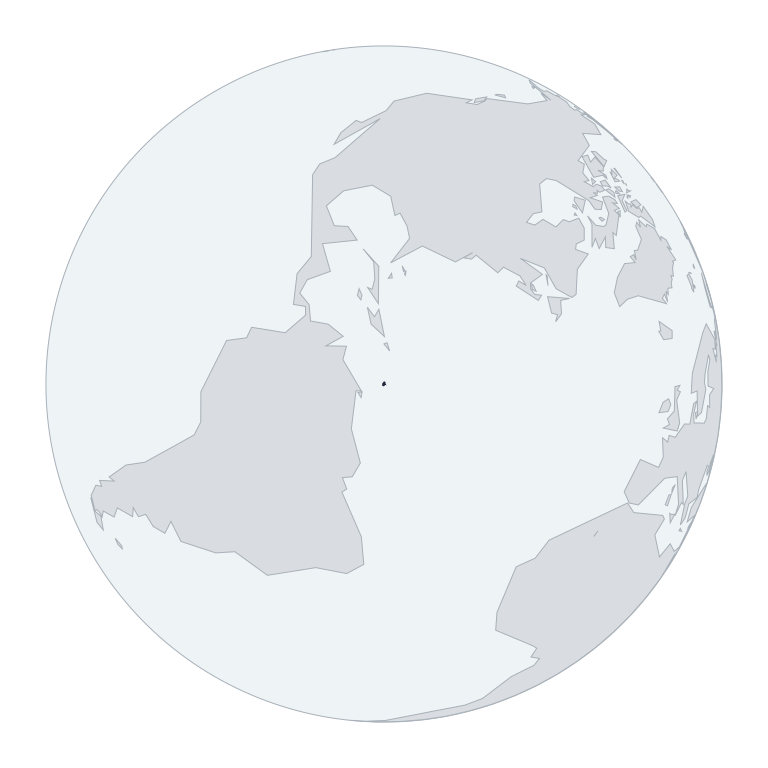 Martinique highlighted on a globe, orthographic projection, rotated 60°
{"feature_id": "FRA-1442", "entity_name": "Martinique", "entity_type": "Overseas department", "adm_level": 1, "iso_a3": "FRA", "parent_name": "France", "parent_adm1": "", "projection": "orthographic", "projection_center": [-60.978, 14.643], "detail": "fine", "context": "on_globe", "style": "filled", "palette": "slate", "viewbox_px": 768, "rotation_deg": 60, "n_neighbors": 0, "source": "natural_earth", "source_scale": "10m", "svg_char_len": 9747}
<svg xmlns="http://www.w3.org/2000/svg" viewBox="0 0 768 768"><g transform="rotate(60 384 384)"><circle cx="384" cy="384" r="338" fill="#eef3f6" stroke="#a8b0b8"/><path d="M285.1,417.4L277.6,413.2L269.8,422.6L245.0,404.1L237.2,383.2L167.1,341.2L161.3,329.7L163.5,313.1L152.2,254.6L151.5,307.4L144.8,295.8L141.8,276.3L146.4,272.6L148.3,245.4L144.0,233.8L153.6,201.6L182.0,165.6L181.6,172.2L188.5,163.7L189.4,155.3L188.3,152.1L213.3,119.5L220.0,101.2L210.8,102.7L221.6,97.5L196.6,106.8L193.0,106.3L204.0,102.7L210.5,99.3L211.5,96.3L218.4,92.3L222.8,89.0L231.0,84.9L236.8,84.3L242.2,82.0L242.6,80.1L251.0,75.7L249.6,78.6L264.1,71.5L276.5,71.5L266.2,86.7L280.0,86.9L287.6,104.2L293.8,100.6L300.6,106.3L310.3,104.7L308.9,109.4L317.8,104.1L317.2,100.3L320.9,96.9L326.5,95.9L325.8,101.3L322.9,102.6L325.6,103.8L322.8,107.1L327.4,104.9L325.8,112.3L335.7,103.7L341.5,108.6L338.2,113.9L327.6,114.9L293.9,133.1L287.3,140.6L288.6,149.2L313.9,161.2L311.1,169.6L315.3,179.8L321.8,173.9L320.9,164.0L334.0,156.6L331.3,146.5L336.2,142.4L337.8,132.4L349.2,132.7L359.5,138.7L358.8,147.5L363.3,150.8L373.5,142.1L381.3,159.2L402.4,172.8L403.1,178.0L387.6,187.3L363.6,187.1L343.3,203.1L368.3,192.0L369.8,206.8L375.0,209.4L381.8,208.7L385.9,203.1L388.8,208.5L365.3,220.5L362.2,215.7L369.7,211.6L358.4,212.2L342.6,222.1L344.6,229.8L318.5,239.8L319.6,245.8L314.5,252.0L314.5,241.5L314.0,261.1L283.7,281.8L282.4,317.7L270.8,289.1L258.9,285.1L244.1,284.6L243.5,290.3L224.7,284.3L206.0,294.7L196.5,322.3L200.9,344.8L222.1,347.9L229.6,336.4L245.9,335.3L231.7,367.1L259.6,374.1L255.3,398.3L263.1,411.5L277.8,409.2L292.7,416.1L304.2,402.5L322.3,395.5L321.9,415.3L332.5,397.6L342.3,407.4L378.8,407.1L375.8,411.6L406.5,434.7L440.6,444.0L448.5,457.9L444.3,466.8L456.3,468.8L456.5,474.5L504.9,480.0L530.1,491.7L529.5,511.1L508.9,534.9L491.4,580.6L454.7,597.0L446.1,614.2L418.8,638.6L396.5,637.2L403.7,648.4L392.0,655.1L377.8,655.5L376.1,663.0L365.6,663.0L373.2,668.0L358.0,676.9L364.3,684.3L353.6,690.6L358.2,694.6L353.5,694.3L349.1,695.5L349.3,697.6L334.1,693.3L327.6,684.1L331.5,679.7L325.3,678.5L333.2,666.2L327.1,668.5L325.2,647.9L332.2,630.2L333.2,573.9L325.3,561.7L299.2,546.5L267.6,498.6L275.3,479.9L268.7,470.3L290.2,443.9L285.1,417.4ZM65.4,271.4L68.2,263.9L66.2,269.4L65.4,271.4ZM70.1,258.9L69.1,261.5L69.9,259.3L70.1,258.9ZM279.5,329.7L311.6,348.7L292.3,349.9L296.1,346.9L288.3,339.3L273.2,331.9L256.5,334.5L279.5,329.7ZM296.4,310.8L290.8,309.2L296.5,309.3L296.4,310.8ZM186.7,151.5L188.7,155.7L185.4,165.2L182.9,162.0L186.7,151.5ZM194.1,135.3L197.0,135.6L189.0,143.5L189.9,140.8L194.1,135.3ZM202.6,105.4L202.9,107.0L200.3,107.0L202.6,105.4ZM222.0,89.3L219.8,90.3L223.0,88.2L222.0,89.3ZM331.4,133.1L334.5,132.8L332.6,134.8L331.4,133.1ZM329.1,129.3L324.7,131.9L322.9,130.5L325.7,128.9L329.1,129.3ZM238.4,80.4L244.4,77.3L239.4,80.2L238.4,80.4ZM335.0,126.6L320.4,127.8L317.4,125.4L325.5,117.8L335.0,126.6ZM248.5,75.5L262.9,69.0L259.0,70.2L277.9,64.0L259.5,71.0L253.9,74.1L253.4,73.6L248.5,75.5ZM314.5,99.6L315.5,103.6L309.5,101.4L314.5,99.6ZM309.8,99.1L286.1,98.8L287.6,93.1L295.2,94.0L292.9,88.0L305.3,85.2L309.3,87.8L305.9,91.9L313.3,87.9L309.8,99.1ZM286.1,62.1L290.4,60.8L287.0,62.1L286.1,62.1ZM321.9,95.5L317.0,95.6L317.9,90.5L327.9,89.3L324.4,91.3L321.9,95.5ZM286.3,88.1L288.7,84.5L299.4,81.1L301.8,79.4L305.7,84.7L286.3,88.1ZM327.1,92.0L333.0,89.0L337.7,90.6L326.8,95.0L327.1,92.0ZM313.9,89.8L314.8,87.5L317.6,88.3L313.9,89.8ZM357.7,96.0L351.8,95.6L351.8,92.8L357.7,96.0ZM334.9,87.8L333.2,87.3L332.5,86.3L337.3,84.8L334.9,87.8ZM313.0,82.2L316.9,81.8L311.9,79.8L319.7,77.7L320.9,81.8L323.7,79.2L326.1,78.6L324.4,82.7L313.0,82.2ZM340.1,80.6L344.3,86.0L355.3,87.0L355.6,89.3L337.9,87.5L340.1,80.6ZM331.0,81.4L336.7,81.4L334.2,84.0L328.8,85.7L331.0,81.4ZM324.6,75.1L312.3,77.1L312.5,76.3L324.6,75.1ZM343.8,80.3L342.7,79.1L344.9,80.0L343.8,80.3ZM331.1,75.9L326.7,76.6L327.0,75.6L331.1,75.9ZM344.2,76.3L345.5,77.8L341.9,78.9L344.2,76.3ZM338.6,75.6L340.0,74.0L339.7,78.3L336.6,76.1L338.6,75.6ZM332.1,74.8L330.8,74.4L333.8,74.6L332.1,74.8ZM357.2,71.9L357.7,77.0L349.7,79.1L350.3,73.7L357.2,71.9ZM360.2,701.7L335.7,694.7L349.1,698.1L356.7,695.2L370.1,700.1L360.2,701.7ZM383.2,693.9L393.0,692.0L395.8,693.1L389.7,694.7L383.2,693.9ZM466.6,56.3L461.2,55.1L453.7,53.6L458.0,54.3L455.9,53.9L452.1,53.1L448.5,52.3L466.6,56.3ZM448.4,52.3L443.2,51.5L402.2,47.0L391.0,46.2L394.0,46.2L421.3,48.2L448.4,52.3ZM295.8,57.8L289.2,59.7L288.9,59.8L294.1,58.5L277.9,64.0L259.0,70.2L260.6,69.4L247.7,74.8L271.5,65.4L295.8,57.8ZM685.6,231.5L680.8,222.8L676.9,216.0L676.5,215.4L675.8,214.2L682.2,225.8L676.6,216.9L690.3,241.3L699.6,263.2L707.3,285.7L713.4,308.6L717.9,332.0L720.7,355.5L721.9,379.3L721.4,403.0L719.2,426.7L715.4,450.1L709.9,473.2L702.9,495.9L694.2,518.0L684.0,539.5L672.4,560.2L659.3,580.0L658.9,580.5L666.5,569.2L676.1,551.0L692.9,502.2L702.6,474.4L705.6,455.7L701.0,419.9L702.6,394.6L699.4,386.6L693.9,393.2L689.2,383.8L685.1,386.0L653.1,410.4L638.2,400.3L608.4,360.9L610.4,340.0L601.8,319.1L608.8,232.6L620.3,231.9L637.2,208.3L641.1,208.7L650.1,224.9L671.5,231.9L665.5,216.0L674.0,216.4L672.8,209.7L653.0,180.3L655.0,190.4L644.6,179.5L634.3,160.2L630.9,153.3L626.7,149.0L619.8,143.8L609.8,133.7L616.3,141.6L620.5,144.7L624.7,150.2L621.1,147.9L617.7,144.1L616.1,144.7L632.8,164.3L638.8,169.5L640.3,180.0L650.5,190.1L654.2,197.8L638.3,183.6L632.8,176.9L610.9,166.2L616.8,173.9L637.9,185.0L635.4,185.6L643.6,197.8L635.4,189.0L610.8,176.4L606.0,188.0L615.9,224.2L609.7,231.1L597.3,229.8L577.6,199.7L593.6,187.9L586.8,178.6L569.8,169.7L576.1,167.4L571.1,162.7L575.8,158.5L568.9,143.7L571.7,139.2L555.9,125.7L555.2,122.0L564.7,130.7L572.8,135.0L578.0,126.2L575.1,122.1L564.5,114.5L567.2,113.7L556.2,107.5L552.8,100.7L547.8,104.4L535.1,97.2L525.9,89.7L520.9,88.4L535.8,100.9L542.6,105.6L549.9,108.2L567.5,123.4L568.6,128.5L546.6,116.3L545.7,122.6L529.0,111.7L498.9,82.2L493.0,74.9L510.7,75.2L519.6,79.7L517.7,81.4L531.5,85.3L524.6,82.2L526.9,82.1L515.4,76.5L516.4,76.2L503.6,71.9L503.6,71.0L511.8,73.7L494.7,66.2L491.3,64.0L486.9,62.6L483.2,61.7L481.3,60.4L478.2,59.5L477.6,59.4L471.0,57.8L458.5,55.0L458.5,54.6L463.0,55.6L469.3,57.0L492.2,63.9L514.5,72.3L536.2,82.3L557.1,93.8L577.1,106.7L596.2,121.0L614.2,136.6L631.1,153.5L646.7,171.5L661.1,190.6L674.0,210.6L685.6,231.5ZM618.2,272.0L620.8,278.4L620.9,278.5L618.2,272.0ZM379.9,406.9L384.3,410.7L378.4,410.8L379.9,406.9ZM289.0,357.9L296.1,358.7L299.6,362.0L294.0,362.7L289.0,357.9ZM349.8,360.7L358.2,362.6L349.2,364.0L349.8,360.7ZM316.8,351.1L343.1,359.9L325.7,365.2L309.2,360.0L321.0,358.7L316.8,351.1ZM291.9,322.1L296.2,323.8L294.6,327.4L291.9,322.1ZM300.6,311.1L298.8,311.3L296.9,308.2L300.6,311.1ZM371.1,206.1L373.1,205.3L379.8,205.9L376.2,208.3L371.1,206.1ZM412.0,195.2L415.9,204.3L410.7,199.0L406.4,203.4L390.2,198.7L402.7,180.5L399.9,189.2L412.0,195.2ZM371.9,188.6L380.8,192.8L370.5,189.0L371.9,188.6ZM539.1,144.9L545.1,145.8L549.9,151.8L546.3,160.2L539.4,151.4L539.1,144.9ZM552.6,146.1L531.8,133.3L533.1,128.4L535.9,133.1L538.9,131.2L544.1,138.5L565.7,147.5L571.3,153.6L561.8,164.2L561.8,157.0L555.9,156.0L552.6,146.1ZM476.3,117.7L467.3,114.5L481.9,107.8L488.6,111.7L485.5,119.6L475.8,119.7L476.3,117.7ZM352.1,113.8L347.7,114.8L347.9,113.0L351.8,110.8L352.1,113.8ZM355.0,96.0L371.5,108.6L367.3,110.1L382.0,116.9L376.7,123.7L367.3,118.8L374.3,129.9L363.7,128.2L369.6,135.5L349.4,123.9L340.2,123.7L352.5,121.2L357.6,114.7L357.0,111.9L348.6,104.0L331.3,101.3L333.7,95.4L339.9,91.9L344.4,91.7L341.5,95.4L349.6,92.4L348.8,97.7L355.0,96.0ZM411.6,68.0L406.3,70.2L422.5,69.3L421.8,72.9L423.7,72.6L427.5,75.9L435.4,79.6L433.5,81.2L437.4,82.1L440.0,84.7L444.7,86.5L443.0,90.3L448.6,93.1L444.6,93.4L454.8,97.4L446.4,96.2L448.9,100.1L455.7,99.2L434.7,119.7L432.3,130.8L434.9,141.2L420.2,139.0L408.4,128.5L400.0,115.5L404.4,105.8L396.9,107.1L396.8,103.1L402.7,103.7L393.5,100.4L395.0,97.5L387.5,88.8L373.3,87.1L370.3,84.3L376.6,83.5L369.1,81.4L378.9,78.3L376.9,76.5L384.6,72.0L397.9,72.4L394.6,70.4L400.3,67.6L411.6,68.0ZM359.7,70.7L375.8,69.2L383.3,70.7L366.8,77.9L367.3,80.0L356.9,85.7L346.3,83.7L350.2,82.1L351.5,80.2L354.3,81.6L353.1,79.1L358.5,77.1L359.0,74.8L364.1,74.8L359.7,70.7ZM638.9,201.2L640.7,200.3L642.1,197.3L647.3,205.5L638.9,201.2ZM622.5,192.7L623.2,190.4L631.2,199.4L629.2,200.8L622.5,192.7ZM616.7,182.0L622.6,189.6L618.3,186.3L616.7,182.0ZM564.6,128.6L564.5,126.2L567.2,127.8L570.3,131.2L564.6,128.6ZM459.5,69.7L455.2,69.9L453.5,69.0L441.5,67.3L441.1,65.0L448.2,65.2L459.5,69.7ZM657.2,186.6L661.6,193.6L660.0,192.0L658.8,189.9L657.2,186.6ZM657.2,199.6L660.4,199.9L658.6,201.9L657.2,199.6ZM457.0,67.0L452.1,66.4L454.9,65.7L457.0,67.0ZM440.2,63.4L442.3,62.4L439.7,64.6L440.2,63.4ZM446.4,53.6L463.6,57.9L475.7,60.9L482.0,61.9L480.4,63.0L461.8,58.2L446.4,53.6ZM407.7,47.5L402.2,47.6L399.6,47.1L400.5,47.0L407.7,47.5ZM407.9,47.8L410.5,49.0L404.2,48.9L403.4,47.9L407.9,47.8ZM434.5,56.1L439.6,57.3L437.2,57.6L434.5,56.1ZM289.5,60.7L290.3,60.8L287.0,61.6L289.5,60.7ZM338.6,49.2L344.6,48.5L338.3,49.4L338.6,49.2ZM358.0,47.2L347.0,48.2L357.5,47.1L358.0,47.2Z" fill="#d9dde1" stroke="#a8b0b8" stroke-width="1"/><path d="M385.0,385.1L384.9,385.1L384.8,385.3L384.7,385.4L384.6,385.2L384.4,385.1L384.2,385.0L383.8,385.0L383.6,385.1L383.4,384.9L383.3,384.7L383.6,384.5L383.8,384.6L383.9,384.4L383.8,384.2L383.7,384.2L383.4,384.2L383.1,384.0L383.0,383.9L382.9,383.8L382.9,383.7L382.9,383.4L382.6,383.1L382.6,382.9L382.7,382.7L382.9,382.6L383.1,382.6L383.3,382.7L383.5,382.8L383.8,382.9L383.9,383.0L384.0,383.2L384.1,383.4L384.3,383.2L384.6,383.2L384.5,383.3L384.4,383.4L384.2,383.5L384.3,383.6L384.2,383.7L384.3,383.8L384.2,383.8L384.3,383.9L384.5,383.9L384.4,383.9L384.4,384.0L384.5,384.1L384.7,384.3L384.8,384.3L384.8,384.5L384.9,384.8L384.9,385.0L385.0,385.0L385.0,385.1Z" fill="#64748b" stroke="#1e293b" stroke-width="1.5"/></g></svg>